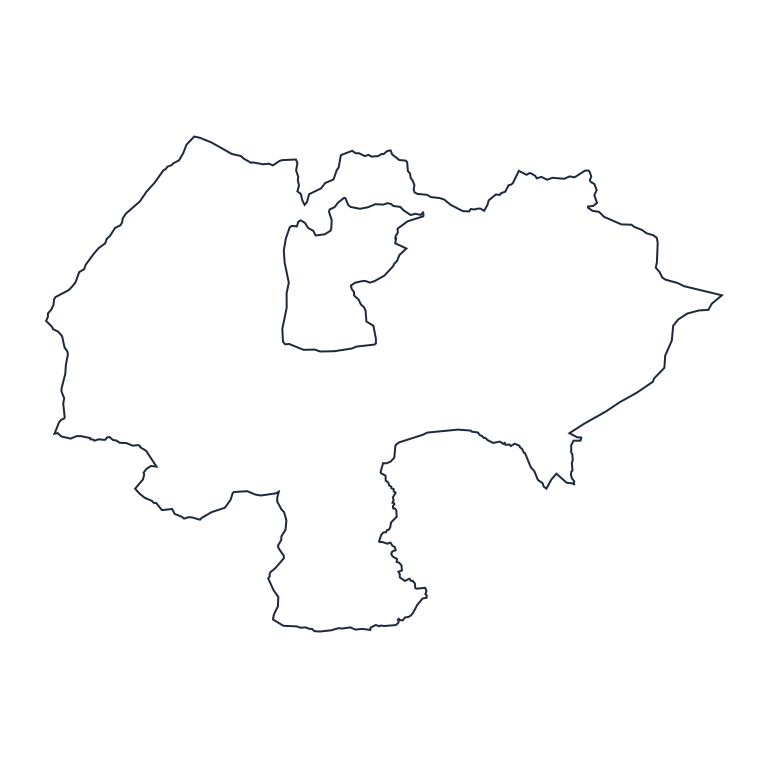 outline of Mufindi, Iringa, United Republic of Tanzania
{"feature_id": "72390352B52349151211707", "entity_name": "Mufindi", "entity_type": "district", "adm_level": 2, "iso_a3": "TZA", "parent_name": "United Republic of Tanzania", "parent_adm1": "Iringa", "projection": "orthographic", "projection_center": [35.243, -8.57], "detail": "fine", "context": "isolated", "style": "outline", "palette": "slate", "viewbox_px": 768, "rotation_deg": 0, "n_neighbors": 0, "source": "geoboundaries", "source_scale": "gbopen_adm2", "svg_char_len": 6085}
<svg xmlns="http://www.w3.org/2000/svg" viewBox="0 0 768 768"><path d="M194.2,136.5L186.5,144.7L183.3,153.0L179.1,160.3L173.1,163.4L171.7,165.1L167.4,166.7L165.8,169.0L163.4,170.3L154.7,182.6L146.4,191.8L139.9,201.4L125.8,213.7L122.7,218.5L122.1,222.4L120.6,225.1L115.0,228.0L110.0,235.9L106.7,238.9L105.3,243.2L98.7,248.1L94.3,253.1L85.7,264.7L84.2,269.1L79.2,272.1L75.6,282.1L72.8,285.9L68.6,290.2L55.6,297.0L54.1,299.2L53.5,304.9L51.1,309.9L47.9,313.4L47.9,317.0L46.1,320.9L52.2,327.0L53.0,329.1L58.1,331.6L62.1,336.2L64.5,347.3L67.3,351.4L67.9,354.4L65.9,364.8L65.3,373.7L61.5,388.7L61.5,391.5L64.2,398.3L63.2,403.5L64.7,417.2L64.2,418.5L61.2,419.8L59.1,422.2L54.5,433.7L57.7,433.1L61.2,436.4L70.6,438.6L76.7,436.1L80.8,436.1L90.4,438.1L90.4,439.3L93.5,439.7L94.3,440.7L98.7,439.3L104.3,439.9L105.7,439.5L107.0,437.5L109.4,437.0L113.0,440.0L116.0,440.4L119.9,442.8L126.4,443.1L132.8,445.7L138.0,445.1L139.8,445.8L140.3,447.3L146.1,450.8L156.5,466.6L151.0,466.0L146.5,468.8L143.6,472.7L144.2,474.5L143.0,479.4L135.1,488.7L139.4,493.5L144.7,497.8L151.9,500.9L153.6,502.8L156.2,503.0L161.9,510.1L172.1,509.0L174.7,513.9L181.8,516.8L184.1,518.6L188.5,517.2L192.0,517.4L200.0,519.7L201.8,517.8L211.9,512.0L224.8,507.8L230.6,499.8L232.7,493.0L234.2,492.0L247.2,491.2L255.5,494.6L260.8,495.5L275.7,493.4L278.8,491.7L277.2,497.7L277.3,501.8L281.5,509.5L284.1,512.2L286.4,520.4L285.5,529.8L281.4,536.3L281.3,539.9L277.9,545.8L278.7,548.4L283.7,555.7L283.9,558.2L275.3,568.2L270.6,572.0L269.5,574.2L269.8,576.2L268.2,578.5L273.6,590.3L278.3,597.0L277.9,606.4L273.9,614.4L273.0,619.5L283.4,625.8L296.9,626.4L300.2,627.7L305.7,627.4L309.1,628.8L312.0,628.9L314.4,631.2L320.0,631.5L331.2,630.3L338.4,628.2L342.3,628.5L350.4,627.4L355.4,629.6L362.1,628.9L370.3,629.9L370.7,627.5L375.8,625.0L379.5,626.3L380.6,625.5L384.1,626.0L395.7,625.1L398.3,622.9L398.8,620.8L397.8,619.8L398.6,618.8L400.4,620.2L402.6,620.4L404.9,617.5L408.7,616.9L410.5,615.7L412.7,613.4L417.4,604.7L422.5,598.6L426.6,597.7L426.7,595.5L425.4,594.1L426.5,591.0L425.1,587.8L416.5,588.7L415.3,588.1L414.8,583.3L412.8,581.0L411.1,580.9L409.5,578.7L404.9,580.9L399.9,577.5L399.7,573.9L398.4,571.7L401.9,570.5L401.6,565.6L399.2,562.7L396.7,562.0L397.0,559.0L392.6,556.5L391.2,553.8L392.2,551.6L395.7,550.2L394.8,547.1L392.5,545.8L390.4,542.6L387.4,543.7L381.9,541.9L379.4,542.0L379.1,541.2L381.3,534.7L383.3,532.5L386.1,532.2L386.8,530.3L388.7,529.8L390.2,527.4L391.1,522.4L396.7,516.7L396.3,510.4L394.8,508.4L393.5,508.6L392.9,507.6L393.0,505.9L394.4,504.3L394.0,503.1L392.5,502.7L393.6,500.2L392.9,497.3L395.6,492.8L393.7,491.2L393.7,489.1L391.3,488.2L391.3,486.7L389.2,485.4L388.2,482.4L385.7,480.6L385.5,475.6L381.1,473.3L380.6,472.1L383.1,463.1L386.1,463.4L390.5,461.7L394.3,457.7L395.4,445.6L396.8,444.0L399.3,442.3L422.8,434.8L427.2,432.6L457.9,429.6L470.7,430.6L471.6,431.6L477.9,432.5L479.9,435.2L482.2,436.1L483.6,437.8L485.6,438.1L487.4,440.0L493.1,442.9L500.0,441.6L503.4,443.9L504.7,442.9L505.5,444.8L509.3,444.5L510.8,446.0L514.7,443.7L519.5,445.8L519.9,447.2L522.2,449.0L523.8,452.7L525.1,453.3L530.9,467.5L534.2,470.9L537.9,479.9L542.6,483.2L543.7,486.6L546.4,488.6L551.4,479.5L556.4,473.7L566.6,482.7L572.6,483.4L574.6,484.9L573.7,482.9L574.3,481.4L571.9,478.4L570.9,474.7L571.3,471.7L572.5,470.5L571.8,463.1L572.8,460.0L572.3,454.1L571.2,452.4L571.2,445.1L573.6,440.7L580.4,440.7L581.3,438.3L581.2,437.5L577.3,437.3L569.4,433.2L584.2,423.7L606.0,411.4L619.4,402.4L636.6,392.8L652.8,381.8L654.3,378.2L664.4,367.8L665.2,355.6L671.8,340.6L673.2,325.7L678.3,319.4L687.4,313.5L699.2,310.4L708.4,309.9L711.7,303.8L721.9,295.3L684.1,286.2L677.5,283.0L665.4,279.6L662.3,277.6L659.5,272.0L655.8,267.7L656.9,262.2L657.7,243.0L656.7,237.7L653.1,235.2L646.4,233.2L642.1,230.0L634.1,226.8L631.5,224.7L621.4,224.4L604.0,216.8L599.1,211.9L592.4,210.8L588.0,207.7L588.0,206.5L593.1,206.0L597.0,203.0L594.3,195.2L596.7,190.0L594.3,184.0L590.9,182.0L589.8,180.3L591.3,176.5L589.5,171.4L588.3,170.5L585.1,170.6L574.6,177.3L569.7,176.4L564.2,178.8L552.5,177.8L547.1,179.7L541.4,176.9L536.7,178.3L535.4,176.0L531.4,173.5L529.5,173.1L526.6,174.8L518.8,170.9L512.9,183.0L511.2,184.6L508.7,185.1L505.2,191.7L501.2,193.1L499.7,194.9L495.8,194.5L488.7,200.4L487.5,204.9L484.1,210.8L480.4,208.6L477.9,208.6L474.4,209.5L470.7,209.0L469.2,211.4L463.0,211.2L450.7,204.9L444.3,199.6L439.5,198.0L430.9,197.1L427.0,194.8L417.4,193.9L414.6,192.4L413.6,189.8L414.4,185.1L412.5,180.3L410.8,178.3L409.9,173.3L407.9,171.1L407.1,162.0L405.6,160.6L399.3,160.0L392.2,154.5L390.6,150.4L387.3,151.0L383.7,154.0L381.7,154.0L378.0,156.1L371.4,156.6L368.6,154.9L364.7,156.1L359.2,153.3L355.6,153.2L352.2,150.8L340.9,155.1L338.6,167.7L336.8,169.9L333.5,179.5L325.2,183.0L321.2,188.3L309.1,194.2L306.9,202.2L304.6,204.8L302.3,200.3L300.8,193.9L297.4,191.4L299.0,185.4L297.8,180.0L298.3,176.9L296.1,170.5L297.4,163.0L295.9,159.5L282.6,160.1L279.8,160.8L272.9,165.4L269.0,163.7L263.1,164.3L253.0,162.4L251.0,162.8L243.4,158.4L240.8,156.0L231.9,154.0L211.5,142.5L199.9,137.8L194.2,136.5ZM350.5,206.9L359.9,208.8L367.8,207.3L375.4,204.2L383.3,204.6L387.6,203.2L391.0,203.9L393.4,206.0L400.2,206.9L403.7,210.4L410.6,215.0L415.5,213.8L420.6,214.9L423.0,212.5L423.5,213.9L423.3,216.3L407.6,221.3L397.5,228.7L397.9,232.4L395.6,236.2L395.3,238.6L396.1,238.6L395.2,243.3L406.4,248.5L399.5,254.9L396.9,261.1L393.8,264.3L393.5,265.8L384.4,275.6L374.6,281.1L369.8,282.6L365.2,280.9L361.8,281.2L355.1,282.7L350.9,285.6L351.8,289.2L353.9,291.8L354.1,295.5L358.5,299.5L360.9,304.4L364.1,307.4L365.6,310.8L366.4,321.5L373.4,325.8L375.9,338.7L375.9,343.5L374.2,344.6L356.4,346.6L351.9,348.5L334.5,351.2L320.2,351.5L314.8,349.6L303.5,349.8L289.2,344.0L285.1,344.3L283.0,341.7L282.3,329.0L286.7,307.7L286.6,293.3L288.8,282.7L284.6,262.3L283.8,250.3L285.9,238.3L289.7,227.4L291.7,225.9L296.9,226.4L298.2,222.0L300.2,220.4L301.2,220.6L305.0,223.0L308.2,228.0L313.3,230.8L315.6,235.5L324.7,234.3L330.5,230.8L331.3,227.9L331.7,220.1L329.0,211.9L329.6,209.5L334.5,207.2L338.1,202.6L344.1,197.8L345.4,198.2L348.2,204.9L350.5,206.9Z" fill="none" stroke="#1e293b" stroke-width="2"/></svg>